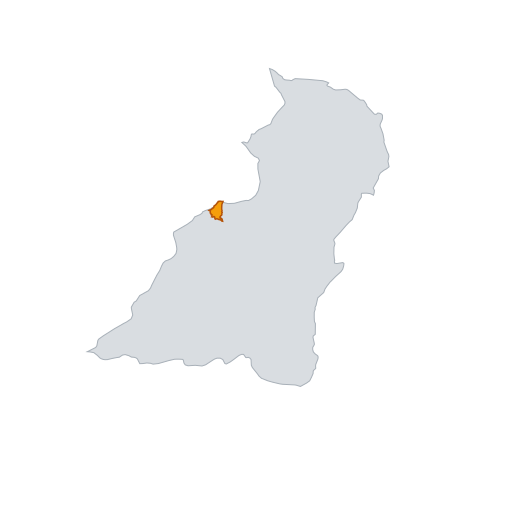 Zangba, Basse-Kotto, Central African Republic (highlighted), rotated 137°
{"feature_id": "33826404B2530322918847", "entity_name": "Zangba", "entity_type": "district", "adm_level": 2, "iso_a3": "CAF", "parent_name": "Central African Republic", "parent_adm1": "Basse-Kotto", "projection": "mercator", "projection_center": [20.794, 4.708], "detail": "fine", "context": "in_parent", "style": "filled", "palette": "amber", "viewbox_px": 512, "rotation_deg": 137, "n_neighbors": 0, "source": "geoboundaries", "source_scale": "gbopen_adm2", "svg_char_len": 5505}
<svg xmlns="http://www.w3.org/2000/svg" viewBox="0 0 512 512"><g transform="rotate(137 256 256)"><path d="M347.1,196.1L351.4,197.3L352.1,198.6L350.9,202.9L351.8,205.6L354.2,207.9L356.6,208.9L359.0,209.4L367.1,210.8L370.5,212.4L375.0,217.5L380.6,222.1L382.0,224.6L381.7,226.8L380.1,229.5L380.3,230.6L382.9,233.3L385.9,236.0L391.3,239.1L400.7,243.9L405.0,247.1L406.4,249.6L408.8,252.2L412.2,254.6L414.4,256.5L412.9,261.8L413.3,263.5L414.2,265.0L416.1,267.1L416.9,269.7L418.9,273.1L421.2,274.6L425.0,275.2L427.1,276.7L431.3,279.3L435.4,281.6L437.2,283.2L438.3,284.6L439.2,286.3L439.7,287.9L439.8,291.5L440.5,295.9L442.7,298.9L444.7,301.1L436.3,298.6L435.1,298.5L433.6,298.9L429.2,302.1L427.8,302.5L422.3,301.8L408.9,299.3L398.7,296.9L395.6,296.0L390.1,295.2L386.4,296.9L383.0,302.5L382.1,303.6L376.7,305.3L374.2,304.8L368.0,306.4L358.4,304.0L355.0,304.5L352.3,305.7L345.5,308.2L341.3,309.7L336.4,311.0L331.8,313.1L328.7,314.2L325.7,314.2L323.0,313.0L320.0,312.0L316.4,311.8L312.7,312.4L309.5,314.7L308.2,316.3L305.5,320.5L302.2,327.5L300.9,328.9L299.8,329.6L284.8,326.1L278.4,325.3L274.1,326.4L268.6,324.4L266.2,324.1L265.1,324.7L262.1,323.8L257.1,321.5L252.4,320.5L248.2,320.8L245.6,320.0L243.5,317.7L240.8,313.5L235.9,309.3L229.4,305.9L225.3,303.4L223.7,301.7L220.2,300.8L214.8,300.6L209.6,302.3L202.2,307.5L195.3,318.3L191.5,322.4L188.4,323.4L187.6,326.0L189.2,330.1L189.6,334.9L188.5,342.9L188.9,348.7L187.2,347.8L185.7,345.1L184.9,344.5L180.4,345.7L178.0,346.9L176.8,347.9L175.8,348.1L174.4,346.6L173.2,346.3L171.4,346.6L169.6,346.6L168.4,346.4L167.6,346.5L165.5,345.6L157.7,343.4L156.3,342.6L154.8,342.7L150.7,344.7L148.6,345.2L142.1,346.5L135.2,347.0L132.5,347.1L130.7,347.9L129.5,349.2L127.4,356.6L126.8,357.9L126.9,359.7L126.3,365.7L126.6,367.6L118.3,383.9L116.9,381.2L116.0,378.0L115.7,374.4L115.9,373.4L115.4,372.3L114.6,369.3L115.3,367.4L114.8,365.3L113.2,363.4L111.7,361.8L110.8,360.5L110.2,359.9L108.5,359.7L106.4,359.0L97.2,349.4L87.6,338.6L85.6,335.1L84.8,333.0L87.2,332.8L87.8,332.4L87.8,331.5L86.4,328.7L85.7,325.2L84.5,323.1L80.7,319.8L77.1,317.2L76.0,315.9L75.4,314.1L74.0,302.4L73.4,299.1L72.2,297.7L71.4,297.0L71.1,296.2L71.3,294.1L71.7,292.2L71.7,291.5L72.7,289.9L72.7,279.0L71.5,277.6L69.4,277.5L68.2,276.0L67.3,274.0L67.6,272.6L69.6,270.4L71.0,269.5L75.1,267.8L76.2,266.9L77.0,265.8L77.4,264.4L79.8,258.8L83.3,253.3L84.8,252.1L88.4,244.0L89.2,241.9L89.8,239.8L91.0,238.1L94.9,235.3L97.8,230.5L101.0,230.7L104.2,231.5L108.4,231.9L111.7,230.9L113.8,229.0L123.9,225.8L124.7,223.2L126.3,221.8L128.1,220.6L128.8,220.4L128.9,221.3L130.1,224.0L132.4,226.7L135.8,229.7L136.7,229.5L138.8,227.2L144.1,225.8L145.5,225.2L149.2,222.0L153.7,219.9L156.4,219.1L160.9,217.0L164.2,217.2L169.4,216.9L178.1,215.9L184.4,215.5L187.5,215.1L188.3,214.7L189.6,211.5L190.5,210.7L192.9,209.3L197.5,204.6L200.5,200.6L201.4,199.1L202.1,198.9L203.4,197.2L202.1,195.4L196.9,191.9L197.0,191.4L196.7,190.8L197.0,190.3L198.9,188.8L201.6,187.2L204.4,186.6L211.9,186.7L218.2,186.4L219.7,186.4L224.6,185.6L228.0,184.8L231.4,183.1L239.3,183.3L245.8,178.9L247.7,178.2L248.5,177.5L248.8,176.8L251.8,175.1L255.2,171.5L257.9,168.3L258.7,166.0L266.1,158.3L268.7,158.5L269.9,157.5L272.9,152.4L273.8,151.4L276.8,150.5L278.3,149.0L279.5,146.7L279.5,143.9L279.0,141.6L279.0,140.5L279.7,139.5L280.9,138.5L286.5,135.8L287.9,134.4L288.8,133.2L290.3,133.0L292.1,133.1L293.1,132.4L294.4,131.1L298.3,129.4L301.9,128.1L305.7,128.6L312.5,130.3L314.6,134.0L315.6,135.3L324.0,144.0L325.7,146.1L329.9,152.4L332.5,156.7L335.4,162.8L335.7,166.1L335.3,168.9L334.7,177.0L333.9,179.3L330.2,183.7L330.1,185.6L330.8,187.2L332.0,187.9L332.7,188.7L332.2,192.5L333.6,193.9L336.4,194.9L343.4,195.6L347.1,196.1Z" fill="#d9dde1" stroke="#a8b0b8" stroke-width="1"/><path d="M261.6,314.8L261.0,313.8L260.5,313.7L259.9,313.6L259.7,313.2L259.6,312.8L260.0,312.1L260.5,311.5L260.7,311.0L260.6,310.6L260.0,310.4L259.3,309.9L259.0,309.6L258.7,309.1L258.6,308.5L258.4,308.3L258.1,308.1L258.1,307.7L257.8,307.5L257.3,307.5L257.3,307.2L257.5,306.6L257.1,306.1L257.0,305.6L257.2,305.1L257.2,304.9L256.7,304.2L255.6,306.2L255.8,307.6L255.9,309.1L255.0,309.2L254.3,309.5L253.7,309.3L253.2,309.3L252.7,309.6L252.0,310.5L251.0,310.9L250.8,311.9L250.4,312.0L250.0,312.2L249.2,313.6L247.7,315.2L245.8,317.0L242.9,318.4L243.0,318.5L243.3,318.5L243.5,318.7L243.5,318.9L243.6,319.0L243.8,319.3L244.0,319.4L244.1,319.5L244.3,319.7L244.3,319.8L244.4,320.0L244.5,320.2L244.6,320.3L244.8,320.5L245.0,320.6L245.1,320.8L245.3,320.9L245.5,321.0L245.8,321.3L246.0,321.3L246.2,321.5L246.3,321.5L246.5,321.5L246.6,321.4L246.8,321.3L247.0,321.4L247.0,321.5L247.3,321.4L247.6,321.3L247.8,321.3L248.0,321.2L248.3,321.2L248.4,321.3L248.5,321.3L248.8,321.2L249.0,321.1L249.3,321.1L249.5,321.1L249.8,320.9L250.0,320.9L250.5,320.9L250.9,320.9L251.2,321.0L251.3,320.9L251.5,320.9L251.7,321.0L251.8,321.0L252.0,321.1L252.3,321.2L252.5,321.2L252.9,320.9L253.0,320.8L253.1,320.7L253.3,320.6L253.5,320.6L253.7,320.4L253.8,320.3L254.0,320.3L254.3,320.4L254.5,320.4L254.8,320.4L255.0,320.3L255.3,320.4L255.4,320.5L255.5,320.6L255.9,320.5L256.0,320.5L256.4,320.6L256.5,320.6L256.8,320.5L257.0,320.5L257.4,320.6L257.6,320.7L257.7,320.8L257.8,320.8L258.0,320.8L258.3,321.0L258.5,321.2L258.7,321.3L258.9,321.3L259.0,321.4L259.3,321.4L258.8,320.7L258.9,319.9L259.3,319.6L259.9,318.9L260.1,318.7L260.0,318.4L260.1,318.0L260.1,317.8L260.2,317.4L260.3,317.2L260.5,317.0L260.6,316.9L260.4,316.7L260.1,316.2L260.6,315.8L261.3,314.8L261.6,314.8Z" fill="#f59e0b" stroke="#b45309" stroke-width="1.5"/></g></svg>